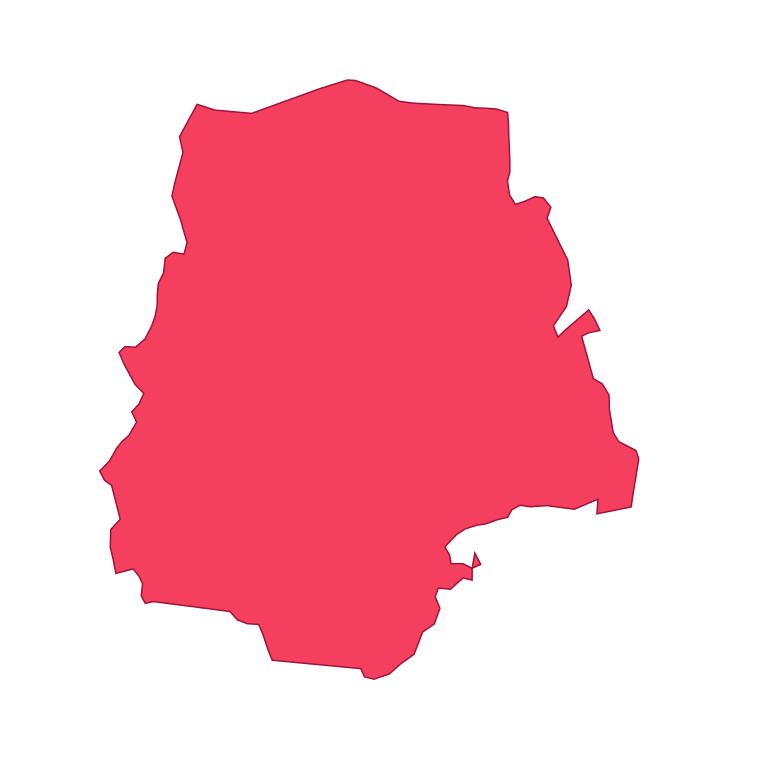 outline of Água Santa, Rio Grande do Sul, Brazil, rotated 191°
{"feature_id": "56859067B17076828661900", "entity_name": "Água Santa", "entity_type": "district", "adm_level": 2, "iso_a3": "BRA", "parent_name": "Brazil", "parent_adm1": "Rio Grande do Sul", "projection": "natural_earth1", "projection_center": [-52.061, -28.213], "detail": "fine", "context": "isolated", "style": "filled", "palette": "rose", "viewbox_px": 768, "rotation_deg": 191, "n_neighbors": 0, "source": "geoboundaries", "source_scale": "gbopen_adm2", "svg_char_len": 1921}
<svg xmlns="http://www.w3.org/2000/svg" viewBox="0 0 768 768"><g transform="rotate(191 384 384)"><path d="M262.3,219.9L272.3,222.7L283.9,220.4L287.0,228.8L293.2,235.6L288.8,242.8L283.9,250.2L276.4,257.4L265.9,263.1L257.5,266.1L246.5,272.6L237.2,276.8L234.4,285.1L227.2,291.0L216.9,291.4L200.8,295.7L173.3,297.4L152.0,311.8L150.2,297.2L117.9,310.5L118.4,319.8L119.6,359.1L124.0,366.8L131.2,368.9L142.8,372.3L149.7,380.1L152.8,388.3L157.7,401.5L161.0,416.0L169.8,425.8L179.5,429.2L199.1,468.7L192.8,473.4L182.3,477.8L189.8,488.0L197.2,495.8L216.4,471.5L222.1,463.2L228.8,473.4L223.7,485.6L219.7,494.8L219.3,506.6L219.0,516.8L227.3,540.7L255.5,577.7L253.9,589.3L263.0,597.1L271.6,596.7L280.7,590.2L289.3,585.3L296.8,593.6L301.6,606.9L300.9,616.2L303.2,627.8L306.8,642.8L309.3,653.2L311.2,662.3L314.5,674.1L326.2,675.4L337.0,674.1L347.1,672.5L359.1,672.5L387.6,668.2L410.5,665.1L423.5,664.4L447.9,673.1L470.0,676.5L478.0,675.4L491.3,668.2L503.3,661.7L565.6,624.4L602.3,620.6L620.8,622.9L631.9,587.8L625.5,572.8L627.7,542.1L628.0,528.0L620.8,515.9L615.1,506.6L610.3,496.9L604.3,485.2L605.1,473.4L616.2,473.0L622.8,465.6L621.6,451.2L624.7,439.5L623.6,428.7L621.6,417.5L621.6,407.2L623.2,396.2L627.2,382.6L634.9,372.7L645.4,371.2L650.1,364.4L642.4,353.2L634.4,343.5L628.3,336.1L618.0,328.9L620.8,317.3L626.3,308.6L619.6,299.3L624.7,284.7L630.4,277.3L634.5,269.2L638.8,255.9L646.5,244.3L639.8,236.0L632.1,232.6L617.1,200.9L624.4,189.1L621.6,171.7L616.0,159.2L611.1,146.9L595.0,154.6L588.0,148.8L582.9,141.9L581.9,129.8L576.5,123.1L569.0,126.4L491.8,131.3L483.0,124.5L472.5,122.6L461.2,124.1L455.1,115.2L447.4,101.5L441.0,91.5L352.4,100.2L347.3,92.8L337.3,92.4L323.2,100.6L314.8,111.8L302.9,124.5L298.8,147.8L288.8,158.2L286.3,174.5L293.2,185.0L291.6,194.1L279.5,195.2L274.7,201.8L269.3,208.7L260.1,208.3L262.3,219.9ZM262.3,219.9L254.6,225.4L262.6,235.4L262.3,219.9Z" fill="#f43f5e" stroke="#9f1239" stroke-width="1.5"/></g></svg>